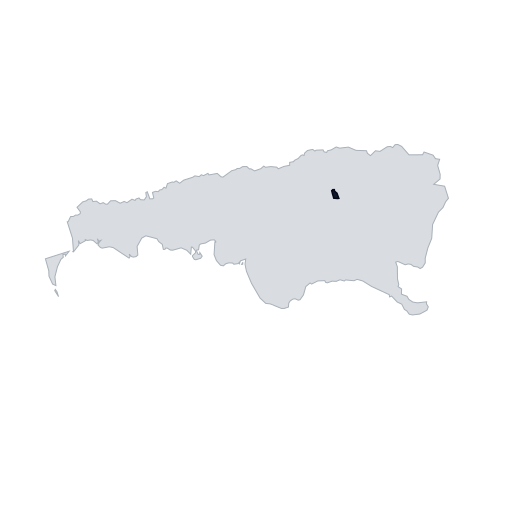 General Belgrano, La Rioja, Argentina shown in context, rotated 73°
{"feature_id": "61730980B43723065760012", "entity_name": "General Belgrano", "entity_type": "district", "adm_level": 2, "iso_a3": "ARG", "parent_name": "Argentina", "parent_adm1": "La Rioja", "projection": "albers", "projection_center": [-66.207, -30.562], "detail": "fine", "context": "in_parent", "style": "filled", "palette": "ink", "viewbox_px": 512, "rotation_deg": 73, "n_neighbors": 0, "source": "geoboundaries", "source_scale": "gbopen_adm2", "svg_char_len": 4265}
<svg xmlns="http://www.w3.org/2000/svg" viewBox="0 0 512 512"><g transform="rotate(73 256 256)"><path d="M311.1,161.2L307.9,166.1L308.3,169.5L305.1,177.3L305.7,178.9L303.3,182.6L303.7,186.7L302.3,190.6L302.5,195.7L301.6,197.1L299.7,197.4L297.9,204.2L299.1,211.0L297.6,212.2L299.8,217.3L307.1,222.0L310.7,226.7L310.6,228.5L308.4,231.0L308.0,233.2L308.9,236.4L310.7,238.5L314.3,239.9L314.4,244.3L313.6,247.0L306.0,256.3L304.2,260.5L297.5,264.4L280.8,268.3L267.9,269.6L260.6,268.9L255.9,266.7L256.1,272.3L258.4,274.0L257.2,274.0L258.1,275.1L257.4,279.6L255.9,280.4L254.6,284.1L254.6,287.3L255.9,290.1L254.4,292.7L248.8,295.2L242.4,295.7L230.5,291.2L231.0,290.5L230.3,290.2L228.4,291.1L227.5,294.8L228.8,300.5L228.3,305.5L229.0,307.1L233.3,309.1L233.0,311.1L234.4,311.3L237.5,310.9L237.9,309.3L236.3,308.7L240.4,307.5L242.0,309.6L242.0,314.7L241.2,316.0L238.0,316.9L237.1,316.6L235.3,313.0L233.7,312.3L229.1,314.1L228.5,315.2L235.2,317.9L230.3,320.5L226.3,325.2L226.1,333.9L225.2,336.3L222.5,338.5L222.0,340.1L223.0,341.1L222.6,342.7L217.5,342.2L213.8,344.8L210.5,345.7L204.5,355.4L205.5,360.1L212.1,366.9L220.5,368.7L221.5,370.9L221.2,373.6L220.2,375.2L217.1,376.7L219.8,376.7L220.9,378.0L206.2,390.1L204.3,393.6L203.5,400.8L202.4,402.3L199.4,403.8L197.3,402.3L195.7,399.7L195.8,401.9L193.1,402.7L196.4,402.7L198.0,404.4L193.5,407.2L192.3,409.5L191.8,412.8L190.1,414.8L191.4,414.3L192.8,420.7L189.3,421.3L193.7,422.2L198.7,429.4L198.3,429.9L198.1,429.2L185.3,426.3L168.1,426.5L168.2,425.5L164.1,421.8L164.8,419.0L164.1,416.6L164.8,414.5L164.1,411.8L162.6,411.0L157.1,412.9L153.6,405.9L153.6,402.0L152.6,399.6L153.4,396.4L156.2,396.1L156.9,392.6L160.5,389.8L160.3,386.5L162.5,384.6L163.0,382.9L160.7,378.9L162.0,374.2L165.8,370.5L165.3,366.1L167.3,363.8L165.4,358.0L167.5,355.4L166.4,354.0L166.3,350.9L168.4,350.0L169.7,346.5L167.3,343.5L163.1,342.8L162.8,341.2L170.3,340.8L171.1,338.3L170.6,336.8L164.9,336.4L164.8,333.0L165.9,330.8L164.7,328.7L165.0,326.7L163.4,323.8L164.8,322.3L160.9,319.5L160.7,314.4L161.5,313.1L160.8,310.4L164.1,307.7L162.3,302.9L162.2,293.5L161.5,291.0L163.5,287.1L162.3,284.6L163.8,282.6L162.9,277.8L164.7,277.3L165.7,268.9L170.0,266.3L170.9,264.6L167.3,254.2L167.5,250.2L166.8,248.4L167.5,246.0L166.6,242.7L167.8,238.6L170.9,236.8L171.1,235.4L174.2,232.5L173.9,225.8L172.3,222.3L173.9,221.0L174.8,215.8L177.1,210.2L179.1,209.2L178.5,203.0L179.1,197.3L176.3,196.4L176.8,192.4L175.8,191.4L175.1,187.2L173.0,183.5L172.9,181.9L173.9,180.7L171.8,179.4L170.2,176.0L170.4,172.8L170.7,170.6L172.9,169.0L172.4,167.5L174.1,160.9L176.4,160.4L177.6,158.1L176.3,156.9L176.5,153.0L175.2,147.4L177.3,144.5L178.9,135.8L184.2,129.5L187.6,119.6L190.4,119.4L193.5,117.2L190.3,111.0L192.2,106.9L189.9,98.6L190.5,95.4L192.3,93.6L190.2,90.4L190.8,87.8L193.7,84.7L204.0,80.1L207.9,67.1L205.7,64.9L211.3,57.2L215.4,55.9L217.2,52.1L222.5,55.8L231.7,56.0L236.2,57.5L239.4,65.1L244.4,55.2L257.1,55.1L259.6,58.8L264.3,63.0L267.4,68.7L277.5,77.9L290.5,82.8L298.4,89.2L307.5,94.8L312.1,96.2L315.4,100.0L316.0,102.7L313.8,104.6L312.0,108.3L309.3,110.3L308.1,112.8L308.0,115.9L302.7,121.9L302.7,124.2L307.7,124.0L319.3,127.4L325.0,127.8L326.8,129.1L330.1,126.4L335.0,128.1L338.7,123.3L342.1,122.6L345.9,119.5L348.0,115.3L349.7,106.2L351.6,107.0L355.0,106.1L357.8,108.3L359.4,116.3L358.1,123.7L356.4,126.5L352.6,127.8L350.5,129.7L344.7,130.7L341.3,134.4L334.0,138.0L334.2,140.2L331.9,139.9L319.0,154.3L311.1,161.2ZM197.1,458.2L196.8,433.3L200.2,438.2L198.5,437.9L198.1,440.2L200.9,440.7L202.2,443.6L208.2,449.0L217.1,454.4L225.8,456.0L223.4,458.7L214.8,459.9L209.7,458.5L197.1,458.2ZM229.3,457.7L231.9,456.8L237.1,456.7L230.3,458.6L229.3,457.7ZM260.0,271.1L259.8,272.2L258.1,270.4L260.0,271.1Z" fill="#d9dde1" stroke="#a8b0b8" stroke-width="1"/><path d="M223.4,164.8L223.9,163.6L224.0,163.3L224.8,161.4L225.1,160.0L225.1,159.9L224.2,160.0L223.4,160.0L222.6,160.1L222.3,160.1L219.6,160.2L218.3,161.1L218.1,161.2L217.0,161.9L215.5,161.7L215.5,161.8L215.5,162.0L215.4,162.1L215.4,162.3L215.2,162.5L215.1,162.8L215.0,163.0L215.0,163.3L215.1,163.5L215.3,163.7L215.4,163.8L215.5,163.9L215.5,164.0L215.6,164.3L215.7,164.5L219.3,164.7L219.6,164.7L219.9,164.7L221.4,164.7L221.6,164.7L222.1,164.7L223.4,164.8L223.4,164.8Z" fill="#0f172a" stroke="#020617" stroke-width="1.5"/></g></svg>